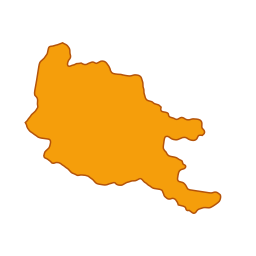 outline of Moca, Espaillat, Dominican Republic, rotated 99°
{"feature_id": "3306468B60047889099268", "entity_name": "Moca", "entity_type": "district", "adm_level": 2, "iso_a3": "DOM", "parent_name": "Dominican Republic", "parent_adm1": "Espaillat", "projection": "mercator", "projection_center": [-70.493, 19.469], "detail": "fine", "context": "isolated", "style": "filled", "palette": "amber", "viewbox_px": 256, "rotation_deg": 99, "n_neighbors": 0, "source": "geoboundaries", "source_scale": "gbopen_adm2", "svg_char_len": 5817}
<svg xmlns="http://www.w3.org/2000/svg" viewBox="0 0 256 256"><g transform="rotate(99 128 128)"><path d="M168.6,206.8L169.7,206.3L170.0,206.1L170.3,205.8L170.6,205.0L171.1,203.2L171.5,202.3L173.2,199.2L174.2,198.1L174.5,197.4L174.5,197.0L174.5,196.1L174.2,195.3L173.4,193.8L173.2,192.8L173.1,191.3L173.2,190.3L173.4,189.8L173.7,188.9L174.6,187.3L175.4,185.5L176.8,183.0L177.6,181.2L178.2,180.3L180.5,177.4L181.0,176.5L181.2,176.0L181.9,173.1L182.6,171.1L182.7,170.3L182.5,169.5L181.8,167.4L181.6,165.9L181.5,164.4L181.4,162.8L181.6,161.2L181.7,160.2L182.1,159.2L183.2,157.2L184.1,155.4L184.6,154.5L186.6,152.1L187.2,151.2L187.5,150.7L187.8,149.7L188.0,148.0L188.0,145.8L188.0,143.6L187.9,141.9L187.6,140.8L187.3,139.9L186.1,137.8L185.3,136.0L184.5,134.4L184.2,133.6L184.1,133.2L184.2,132.4L184.3,132.0L185.2,130.9L185.4,130.5L185.6,129.7L185.8,128.8L185.8,127.8L185.7,126.7L185.5,125.7L185.4,125.2L184.8,124.3L182.5,121.4L181.9,120.5L181.1,118.7L179.8,116.2L179.5,115.2L179.1,113.2L178.8,112.3L178.3,111.4L176.5,109.0L176.1,108.2L176.1,107.7L176.1,107.3L176.3,106.8L176.7,106.0L178.3,104.1L178.9,103.2L179.7,101.4L181.2,99.0L181.9,97.2L182.8,95.5L183.2,94.6L183.5,93.6L183.6,92.5L183.6,87.0L183.8,86.0L184.1,85.0L184.3,84.6L185.0,84.1L187.6,82.5L188.8,81.9L189.5,81.4L190.1,80.7L191.2,78.8L191.6,78.0L191.8,77.0L191.7,76.1L191.5,75.2L190.7,73.6L190.5,72.8L190.5,71.8L190.8,70.8L191.0,70.4L191.6,69.5L192.4,68.8L193.2,68.0L194.5,67.1L196.1,66.3L196.5,61.5L196.9,59.9L197.4,59.0L198.1,58.5L199.5,57.8L200.0,57.1L200.1,56.8L200.2,56.0L200.0,55.3L199.8,54.7L201.7,51.0L201.9,50.2L201.9,49.7L201.8,49.3L201.4,48.6L200.9,48.0L200.1,47.6L198.9,47.0L197.8,46.2L197.2,45.5L196.7,44.7L195.2,41.7L194.8,40.8L194.5,39.2L194.2,35.8L193.9,34.7L193.3,33.7L191.9,31.9L189.6,29.4L187.5,27.4L186.1,26.4L185.1,26.0L183.4,25.7L181.8,25.7L180.8,25.9L180.3,26.1L179.8,26.3L179.2,27.0L178.0,29.3L177.7,30.2L177.6,31.1L177.7,32.1L178.0,33.0L178.6,34.2L179.0,35.1L179.2,36.2L179.3,37.9L179.4,55.6L179.4,57.3L179.2,58.3L178.9,59.3L178.6,59.7L178.0,60.2L176.5,61.3L175.3,62.3L174.3,63.5L173.7,64.4L173.5,64.8L173.2,65.9L172.9,69.0L172.5,69.9L172.2,70.3L171.9,70.6L171.0,71.0L170.0,71.2L168.9,71.2L166.7,71.2L165.1,71.1L164.0,71.0L162.9,70.7L162.0,70.2L161.6,69.9L161.0,69.3L160.5,68.5L159.5,66.4L158.7,65.5L157.9,65.1L157.5,65.0L157.1,65.0L156.6,65.1L156.3,65.3L156.0,65.6L155.8,65.9L155.3,67.3L155.0,67.9L154.4,68.3L152.6,69.2L152.2,69.4L151.8,70.2L151.0,72.8L150.0,74.9L149.7,75.9L149.5,77.5L149.4,80.9L149.3,82.0L149.1,83.1L148.9,83.6L148.4,84.4L147.5,85.4L145.8,86.7L144.5,88.4L143.5,89.3L142.7,89.8L142.2,90.0L141.1,90.2L140.0,90.3L134.8,90.4L132.6,90.3L131.6,90.1L131.2,89.9L130.7,89.6L130.5,89.2L130.2,88.3L130.1,87.8L130.2,86.9L130.5,86.0L131.5,84.0L131.9,83.0L132.2,81.4L132.2,80.2L132.2,79.1L132.0,78.0L131.6,77.0L128.9,72.6L128.4,70.7L128.4,69.7L128.5,68.8L129.6,66.3L130.0,64.6L130.1,63.5L130.1,62.4L130.0,61.3L129.6,60.2L129.1,59.4L128.8,59.1L128.1,58.5L127.2,58.1L125.1,57.5L124.4,57.0L124.2,56.7L123.9,55.8L123.7,54.9L123.7,53.5L122.2,52.3L121.4,51.9L120.5,51.7L119.5,51.9L119.1,52.1L118.4,52.6L117.8,53.2L116.8,54.5L116.1,55.0L115.2,55.3L112.1,55.7L111.1,56.0L110.7,56.2L109.9,56.7L109.3,57.5L109.0,57.9L108.7,58.9L108.5,60.0L108.5,61.7L108.7,64.0L108.8,65.1L109.1,66.1L110.3,68.7L110.5,69.7L110.6,70.7L110.5,71.7L110.3,72.6L109.6,74.2L109.3,75.1L109.2,76.0L109.2,76.5L109.3,77.0L109.7,77.9L111.2,79.8L111.7,80.6L111.9,81.5L111.9,82.3L111.2,84.4L110.7,88.0L110.3,88.9L110.0,89.3L109.7,89.6L107.6,90.5L107.3,90.8L107.1,91.2L106.9,91.6L106.6,93.0L106.5,96.1L106.3,97.1L106.1,97.5L105.8,97.9L105.4,98.2L105.0,98.4L104.1,98.6L102.2,98.6L101.1,100.2L100.6,101.0L100.3,102.1L99.9,105.3L99.6,106.2L99.4,106.6L98.6,107.9L98.3,108.7L97.9,111.8L97.7,112.9L97.3,113.8L97.0,114.2L96.4,114.9L95.6,115.5L95.2,115.7L91.3,117.5L90.4,117.8L87.9,118.3L87.0,118.6L84.9,119.6L83.9,119.8L81.5,120.3L80.5,120.6L76.7,122.5L75.6,123.3L75.0,124.1L74.6,125.1L74.4,125.6L74.3,126.7L74.3,127.8L74.4,129.0L74.6,130.1L75.0,131.0L76.0,133.2L76.4,134.7L76.5,136.4L76.5,139.2L76.4,141.5L76.2,143.4L76.5,146.4L76.6,149.1L76.5,150.7L76.3,151.7L76.1,152.2L75.6,153.0L74.9,153.6L74.2,154.2L72.4,155.0L71.6,155.5L69.9,156.7L68.4,158.2L67.3,159.3L66.7,160.1L66.2,161.1L65.9,162.1L65.9,162.6L65.9,163.6L66.1,164.6L66.2,165.1L66.8,166.0L68.6,168.4L69.0,169.2L69.1,169.6L69.1,170.0L68.5,171.9L68.4,172.3L68.4,173.3L68.5,173.7L68.9,174.6L70.4,177.2L71.6,178.8L71.9,179.7L72.1,180.7L72.0,181.7L71.8,182.7L71.2,184.4L71.9,186.5L72.5,189.0L73.9,190.9L74.9,193.1L76.0,194.9L76.2,195.8L76.2,196.2L76.1,196.7L75.8,197.1L75.4,197.4L75.0,197.6L74.6,197.7L73.7,197.8L72.2,197.7L71.3,197.5L70.3,197.2L68.7,196.3L67.8,196.0L67.4,195.9L66.4,195.9L65.5,196.1L63.9,196.8L63.0,197.1L60.5,197.6L59.6,197.9L58.6,198.4L57.8,199.1L56.7,200.2L56.0,201.0L55.5,202.0L55.3,202.4L54.7,204.4L54.1,205.9L56.8,210.6L57.6,212.5L58.8,215.0L59.6,217.6L60.1,218.3L60.8,218.8L61.7,219.0L62.7,219.1L66.2,219.3L67.2,219.4L68.2,219.8L72.1,221.7L72.9,222.3L75.8,224.6L76.7,225.1L77.2,225.3L78.9,225.6L81.2,225.7L95.1,225.7L105.6,225.9L107.8,225.8L109.3,225.5L110.2,225.1L110.5,224.8L111.5,223.5L112.1,222.9L112.8,222.3L113.7,221.9L114.8,221.6L118.6,221.2L120.7,220.5L121.5,220.4L121.9,220.4L122.7,220.7L125.6,222.0L126.5,222.6L129.0,224.6L129.8,225.3L130.7,225.7L132.5,226.6L134.5,227.8L136.3,228.6L137.1,229.1L138.7,230.3L139.8,229.4L140.6,228.9L141.5,228.4L142.4,228.1L144.0,227.0L144.8,226.2L145.9,225.1L146.6,224.2L147.1,223.3L147.9,221.5L149.0,219.5L149.8,217.7L150.7,216.0L151.1,215.2L151.3,214.1L151.5,212.5L151.5,210.8L151.4,206.4L151.4,204.8L151.6,203.9L151.8,203.5L152.1,203.1L152.6,202.7L153.5,202.4L154.5,202.2L156.6,202.3L157.7,202.4L158.8,202.6L159.9,202.9L160.3,203.2L161.2,203.8L163.2,205.4L164.6,206.3L166.1,206.6L168.6,206.8Z" fill="#f59e0b" stroke="#b45309" stroke-width="1.5"/></g></svg>